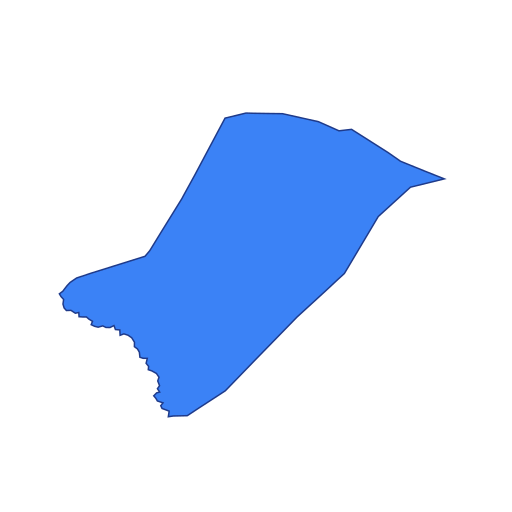 outline of Ibititá, Bahia, Brazil, rotated 78°
{"feature_id": "56859067B56768977523626", "entity_name": "Ibititá", "entity_type": "district", "adm_level": 2, "iso_a3": "BRA", "parent_name": "Brazil", "parent_adm1": "Bahia", "projection": "albers", "projection_center": [-41.882, -11.57], "detail": "fine", "context": "isolated", "style": "filled", "palette": "blue", "viewbox_px": 512, "rotation_deg": 78, "n_neighbors": 0, "source": "geoboundaries", "source_scale": "gbopen_adm2", "svg_char_len": 1317}
<svg xmlns="http://www.w3.org/2000/svg" viewBox="0 0 512 512"><g transform="rotate(78 256 256)"><path d="M305.3,405.4L304.7,401.4L306.9,397.6L310.1,394.6L315.0,392.8L319.4,393.8L322.2,391.3L325.8,390.1L330.9,390.6L332.6,387.7L333.5,383.6L338.1,385.8L341.6,384.0L344.8,385.0L346.7,381.8L350.2,377.8L354.4,376.1L357.8,378.1L362.8,377.3L365.3,380.0L369.1,378.5L369.2,381.6L371.5,385.1L374.5,383.5L377.3,382.6L380.3,377.5L382.6,380.3L385.6,379.6L388.0,375.8L389.7,373.2L395.0,375.2L395.3,370.2L397.9,356.4L392.9,343.7L381.5,314.1L358.3,279.6L324.2,228.5L322.2,225.1L305.2,196.2L297.7,183.7L295.9,180.7L291.5,173.2L284.7,166.9L242.8,128.2L220.8,90.6L219.7,55.8L207.9,73.5L197.4,89.0L193.4,94.9L182.6,105.0L152.0,136.2L150.8,148.8L137.6,167.0L122.3,200.5L118.8,216.0L115.7,229.5L114.1,236.1L114.7,257.6L147.0,284.7L163.8,298.8L182.0,314.5L184.3,316.4L212.8,343.7L228.7,358.8L233.2,364.6L238.5,420.8L240.2,436.0L241.5,439.2L243.2,443.3L245.6,446.8L248.2,449.9L250.3,452.3L252.1,456.2L255.3,455.1L258.5,453.2L262.9,454.8L266.9,454.5L269.9,452.8L270.7,448.3L274.4,444.6L274.4,441.1L278.6,441.7L279.6,438.2L280.4,434.5L283.2,432.4L285.9,429.5L288.9,431.5L291.2,428.5L292.8,425.2L292.5,420.4L294.7,417.6L295.6,413.7L294.5,409.4L298.7,408.8L300.0,404.6L305.3,405.4Z" fill="#3b82f6" stroke="#1e3a8a" stroke-width="1.5"/></g></svg>